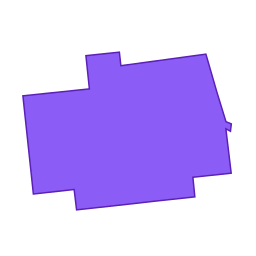 the district of Tuscarawas, Ohio, United States of America, rotated 82°
{"feature_id": "52423323B94424103890514", "entity_name": "Tuscarawas", "entity_type": "district", "adm_level": 2, "iso_a3": "USA", "parent_name": "United States of America", "parent_adm1": "Ohio", "projection": "equal_earth", "projection_center": [-81.461, 40.441], "detail": "fine", "context": "isolated", "style": "filled", "palette": "violet", "viewbox_px": 256, "rotation_deg": 82, "n_neighbors": 0, "source": "geoboundaries", "source_scale": "gbopen_adm2", "svg_char_len": 405}
<svg xmlns="http://www.w3.org/2000/svg" viewBox="0 0 256 256"><g transform="rotate(82 128 128)"><path d="M203.7,131.1L204.2,111.5L205.5,71.4L185.8,70.6L187.1,32.1L142.4,31.2L145.5,27.0L138.3,25.1L135.4,30.1L105.4,34.9L72.5,39.6L65.7,40.6L65.3,126.4L51.7,126.0L50.5,159.6L83.9,160.8L81.5,227.6L180.2,230.9L181.4,189.9L201.9,190.3L203.7,131.1Z" fill="#8b5cf6" stroke="#5b21b6" stroke-width="1.5"/></g></svg>